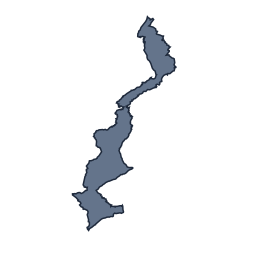 Vélez, Santander, Colombia, rotated 26°
{"feature_id": "7082276B66951297608622", "entity_name": "Vélez", "entity_type": "district", "adm_level": 2, "iso_a3": "COL", "parent_name": "Colombia", "parent_adm1": "Santander", "projection": "albers", "projection_center": [-73.706, 6.241], "detail": "fine", "context": "isolated", "style": "filled", "palette": "slate", "viewbox_px": 256, "rotation_deg": 26, "n_neighbors": 0, "source": "geoboundaries", "source_scale": "gbopen_adm2", "svg_char_len": 5986}
<svg xmlns="http://www.w3.org/2000/svg" viewBox="0 0 256 256"><g transform="rotate(26 128 128)"><path d="M151.3,215.1L153.1,214.3L153.4,213.6L152.7,211.9L153.3,210.4L154.7,210.2L158.1,207.7L159.4,207.6L160.8,205.9L160.7,205.3L159.3,203.7L157.5,200.5L156.9,200.7L156.7,200.2L156.4,201.0L156.1,200.8L155.0,201.3L152.6,203.2L150.5,204.2L150.8,204.6L149.4,204.8L147.5,205.6L147.4,205.2L146.8,205.3L146.8,205.9L145.9,204.8L146.2,204.5L144.9,204.6L143.7,204.4L143.3,204.0L142.2,204.2L140.5,203.9L141.1,203.0L139.7,202.3L139.5,201.6L138.1,201.8L137.5,201.4L137.1,201.9L136.3,202.0L136.3,201.6L135.1,202.1L134.6,200.8L134.1,200.9L133.0,200.6L132.9,199.6L129.3,199.5L126.7,198.0L127.9,196.1L128.2,193.5L130.0,191.0L130.3,189.7L130.9,189.1L132.0,186.7L133.9,184.3L134.5,184.0L137.7,180.4L138.5,180.0L139.4,179.0L139.9,177.1L141.4,174.7L141.9,173.0L143.1,172.6L143.6,171.7L145.0,170.7L145.9,169.3L146.9,166.3L147.6,165.1L149.5,163.1L149.9,161.9L149.6,161.6L148.9,161.7L146.7,162.9L144.5,163.4L142.1,161.8L139.9,161.5L136.8,159.2L136.0,158.0L134.8,157.4L132.5,154.4L131.9,154.2L129.8,152.2L129.8,151.0L129.4,150.6L129.2,150.0L129.8,149.0L129.6,147.6L129.9,146.9L129.3,143.9L129.5,142.0L129.8,141.7L130.3,139.1L131.2,138.5L132.0,135.8L131.9,134.0L131.3,133.3L131.8,132.3L132.0,129.2L131.6,128.7L131.9,127.7L131.1,127.3L131.2,126.5L130.8,126.2L131.0,125.6L130.3,125.1L130.4,124.8L131.0,124.6L131.1,124.1L130.7,123.7L129.2,123.7L128.2,123.2L128.1,122.3L127.5,121.9L127.1,119.8L127.3,117.3L126.5,116.4L126.9,115.9L125.4,115.4L125.0,116.2L124.6,115.6L123.9,115.3L123.7,114.4L122.8,114.4L122.3,113.5L121.1,113.5L121.3,112.5L120.9,112.0L121.1,111.6L120.6,111.3L120.1,108.9L119.2,110.2L118.6,109.9L118.5,109.2L118.2,109.0L117.8,109.1L117.4,109.9L116.8,109.3L117.3,108.9L117.9,107.7L119.3,106.1L119.3,104.7L118.5,103.6L119.9,102.1L119.3,101.3L120.3,100.6L120.3,99.4L121.4,98.6L123.1,95.0L122.5,94.4L123.3,94.1L123.4,92.6L124.9,91.5L125.8,90.2L125.7,89.4L126.2,88.1L128.0,87.3L128.7,84.9L130.8,84.1L133.4,80.8L134.3,80.1L134.4,79.2L135.1,79.5L135.5,79.3L135.7,78.2L134.5,77.3L134.3,76.7L134.9,76.0L135.6,75.7L137.1,75.7L137.3,74.4L136.4,73.2L137.0,72.2L137.9,71.5L137.9,71.0L137.4,70.9L136.6,69.0L136.6,67.1L137.1,65.0L138.8,62.8L140.2,63.0L139.9,61.6L141.8,60.8L143.5,57.0L144.4,56.4L144.1,54.8L143.1,53.5L143.2,53.1L144.3,53.0L144.5,52.6L144.1,52.0L142.6,51.7L141.7,51.0L141.4,48.8L139.2,45.6L137.9,45.5L137.1,45.8L133.3,45.0L132.7,44.3L130.5,45.8L131.5,41.1L131.1,40.4L129.7,40.5L129.4,39.8L130.4,36.7L129.2,36.9L128.4,35.9L126.6,36.4L125.9,35.3L123.7,35.0L123.7,34.4L122.8,34.2L121.7,33.3L120.5,34.3L120.1,34.2L119.9,33.4L120.5,32.3L119.6,30.9L119.6,29.8L119.4,29.8L118.4,30.4L116.1,30.4L112.5,31.1L112.1,30.6L112.1,28.3L110.6,28.5L109.4,26.8L106.4,26.3L102.0,27.1L102.8,25.3L102.6,23.5L103.5,19.3L102.3,18.7L100.6,21.0L100.2,20.3L99.0,20.0L98.1,20.1L96.7,19.5L97.3,22.2L97.2,24.6L95.6,31.9L95.9,34.7L95.2,36.3L95.7,37.6L95.5,38.8L96.6,41.5L96.9,41.6L99.1,41.2L98.7,40.7L99.6,40.1L100.0,40.3L100.8,39.3L103.4,38.8L103.4,39.2L102.9,39.5L102.8,40.9L103.1,41.2L103.5,40.9L103.8,41.9L103.2,41.8L103.1,42.1L103.9,42.4L103.9,43.6L104.3,44.1L104.8,44.0L105.0,43.2L105.7,43.1L106.0,44.5L105.6,45.0L106.5,45.9L106.7,47.0L107.8,48.2L108.3,49.8L108.1,51.0L113.3,54.4L114.0,56.0L115.2,57.4L116.0,57.9L117.8,58.3L120.1,59.9L123.7,63.6L125.6,64.6L127.5,65.0L129.7,67.7L130.3,67.7L130.1,68.2L130.6,70.8L130.5,71.4L129.7,72.6L127.8,73.2L127.4,73.0L126.8,73.6L126.7,72.4L126.2,72.9L125.8,74.2L125.8,75.6L124.3,77.4L124.3,78.5L123.5,79.0L123.5,79.9L121.4,80.4L120.8,80.9L121.0,81.2L121.6,81.2L121.7,81.9L121.2,82.8L121.7,82.9L120.5,86.1L118.4,87.5L117.0,90.8L116.0,91.4L115.7,92.1L114.4,92.7L114.5,93.3L111.9,97.5L110.8,100.0L109.6,101.3L109.9,101.8L109.4,102.1L109.7,102.6L109.1,103.9L108.9,105.4L108.1,106.6L108.1,107.9L107.3,108.4L106.6,109.5L106.7,110.6L107.7,110.3L108.2,110.4L108.4,110.8L109.2,110.6L109.0,111.0L109.3,111.7L110.2,111.8L110.6,112.3L110.1,112.7L110.3,113.2L111.1,113.1L111.2,112.6L111.6,112.5L111.6,111.6L112.6,111.2L114.0,111.6L115.0,110.9L115.2,112.0L114.9,112.6L115.1,113.6L114.0,113.7L113.8,114.7L113.2,114.9L112.9,114.6L110.4,117.0L110.3,119.2L109.9,119.6L110.1,120.6L110.7,120.9L111.0,120.6L112.4,120.6L112.5,121.3L113.2,121.6L113.3,122.2L113.7,122.4L113.6,123.1L113.9,123.5L113.8,124.5L113.3,124.8L114.1,125.2L113.7,126.1L114.4,127.4L114.3,128.1L115.7,128.4L115.8,128.7L115.1,129.9L115.2,130.4L114.7,130.9L114.9,131.4L114.6,131.6L114.5,132.2L113.8,132.4L113.6,133.7L112.9,133.6L112.5,133.8L112.4,134.6L112.0,134.7L111.4,135.6L110.5,138.6L109.4,139.3L108.2,139.2L106.8,140.4L105.9,140.5L102.7,142.4L102.2,143.4L101.0,144.1L100.6,145.1L101.0,146.1L100.0,148.0L101.0,149.7L100.7,150.6L101.7,150.9L102.0,151.4L102.6,151.3L103.1,152.0L104.5,152.5L105.7,154.0L107.2,157.9L108.6,157.9L108.9,158.3L109.5,158.4L111.0,158.0L111.3,158.3L111.9,158.2L114.7,161.0L114.1,165.7L113.2,167.9L113.5,168.7L112.7,170.0L111.0,171.2L110.7,172.0L109.3,173.5L107.7,174.4L108.2,176.8L107.3,180.4L107.8,181.0L108.7,181.2L109.6,182.1L108.8,183.4L108.9,184.1L109.5,184.5L109.5,184.9L110.5,186.1L110.3,188.6L110.8,189.0L110.6,190.4L112.6,198.7L113.2,199.2L113.7,199.3L114.5,200.2L115.5,200.1L115.6,199.7L116.7,199.7L117.4,199.2L117.6,200.2L118.5,201.7L117.9,202.5L117.3,202.7L115.9,206.0L114.6,207.4L113.1,207.1L112.2,207.5L111.0,208.5L110.1,210.0L109.0,210.2L108.8,210.5L108.0,210.9L108.0,211.2L107.0,211.5L107.5,212.5L111.8,213.3L114.3,214.3L114.7,215.2L115.1,214.9L115.2,215.3L116.5,215.5L116.9,215.3L118.2,215.9L118.8,216.6L118.2,218.4L120.5,219.4L122.2,219.1L123.2,220.3L123.1,221.1L123.8,220.1L125.3,219.9L127.5,219.9L128.8,220.7L129.4,222.6L129.2,223.3L129.6,224.1L132.7,227.6L133.4,229.6L134.2,229.5L134.8,230.0L135.7,231.9L135.9,232.9L135.1,235.2L135.4,235.4L135.0,235.5L135.8,236.5L137.5,237.3L137.5,235.6L138.2,234.1L138.8,233.5L140.5,229.8L141.2,229.2L141.1,228.5L144.0,221.6L145.1,220.2L147.2,218.6L148.0,217.5L149.4,216.6L150.3,216.3L151.3,215.1Z" fill="#64748b" stroke="#1e293b" stroke-width="1.5"/></g></svg>